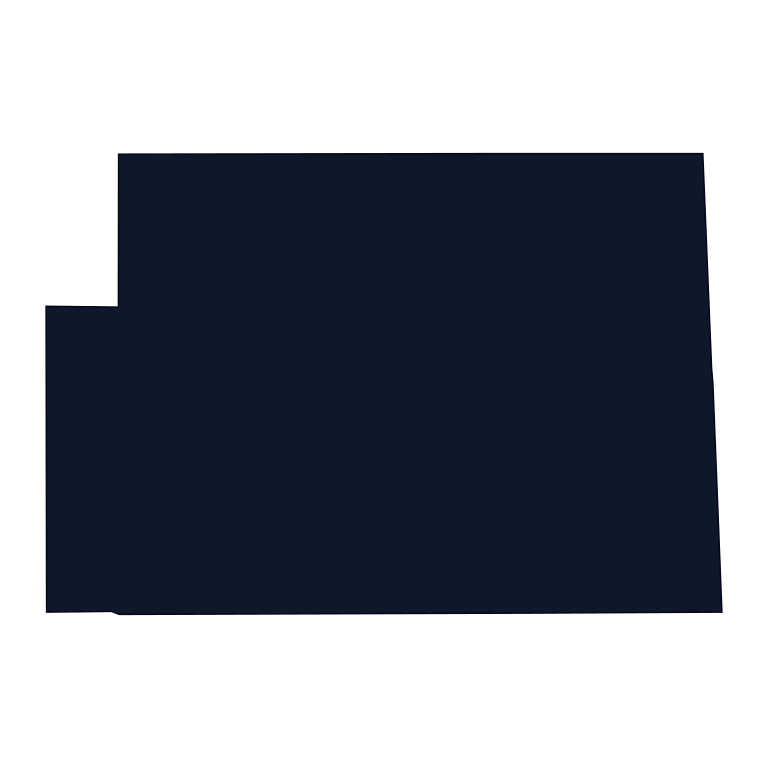 the district of George, Mississippi, United States of America
{"feature_id": "52423323B66820493102445", "entity_name": "George", "entity_type": "district", "adm_level": 2, "iso_a3": "USA", "parent_name": "United States of America", "parent_adm1": "Mississippi", "projection": "natural_earth1", "projection_center": [-88.654, 30.866], "detail": "fine", "context": "isolated", "style": "filled", "palette": "ink", "viewbox_px": 768, "rotation_deg": 0, "n_neighbors": 0, "source": "geoboundaries", "source_scale": "gbopen_adm2", "svg_char_len": 310}
<svg xmlns="http://www.w3.org/2000/svg" viewBox="0 0 768 768"><path d="M118.6,154.2L118.4,307.1L46.1,306.3L46.6,612.1L111.6,611.4L119.2,614.4L366.3,613.6L528.4,613.1L721.9,612.1L712.9,383.6L711.6,368.5L708.0,281.4L702.8,153.6L505.1,153.6L118.6,154.2Z" fill="#0f172a" stroke="#020617" stroke-width="1.5"/></svg>